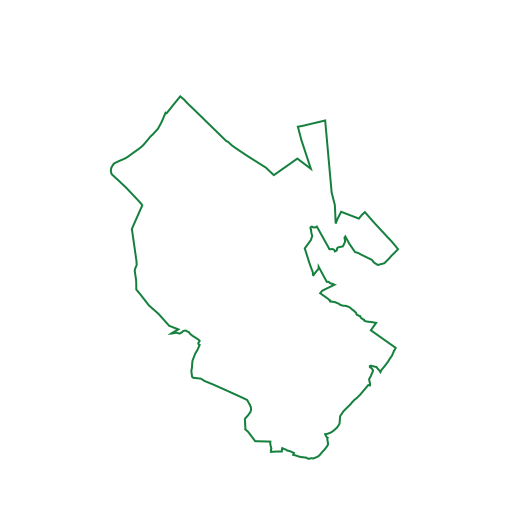 Huixtán, Chiapas, Mexico (Robinson projection), rotated 216°
{"feature_id": "50627088B13883895679368", "entity_name": "Huixtán", "entity_type": "district", "adm_level": 2, "iso_a3": "MEX", "parent_name": "Mexico", "parent_adm1": "Chiapas", "projection": "robinson", "projection_center": [-92.432, 16.683], "detail": "fine", "context": "isolated", "style": "outline", "palette": "green", "viewbox_px": 512, "rotation_deg": 216, "n_neighbors": 0, "source": "geoboundaries", "source_scale": "gbopen_adm2", "svg_char_len": 5963}
<svg xmlns="http://www.w3.org/2000/svg" viewBox="0 0 512 512"><g transform="rotate(216 256 256)"><path d="M235.0,120.6L234.4,121.1L228.4,124.4L224.2,124.6L215.4,126.8L202.6,129.5L185.1,133.1L178.5,134.3L174.3,132.3L173.4,132.1L173.2,131.9L172.5,131.3L171.4,130.8L171.1,130.5L170.9,130.2L170.3,129.5L169.5,128.5L169.2,127.6L168.9,126.8L168.8,126.1L168.8,122.3L169.1,119.9L169.1,119.7L169.2,119.2L169.2,118.2L169.2,117.8L168.9,117.2L168.0,116.1L167.5,115.6L167.1,115.2L166.9,114.7L166.4,114.3L166.2,113.7L165.7,113.2L165.2,112.8L165.0,112.3L164.4,111.8L163.0,109.9L162.9,109.5L158.9,109.1L147.8,105.7L135.3,114.3L134.3,112.7L132.4,110.9L130.3,109.2L130.2,108.3L129.8,108.0L129.5,107.1L128.3,106.9L128.3,106.7L124.8,109.6L120.6,112.7L120.2,113.1L121.2,114.6L121.8,115.6L121.9,116.0L120.7,116.2L119.3,116.6L117.9,116.9L116.3,117.0L114.2,117.9L112.8,118.3L111.9,118.4L111.3,118.5L109.6,119.0L109.0,117.0L107.4,117.7L104.7,118.6L104.1,118.7L103.5,119.0L102.7,119.2L102.2,119.5L100.9,120.0L100.4,120.5L99.8,120.7L99.4,121.0L98.9,121.2L97.9,121.8L97.4,122.0L96.9,122.4L96.6,122.4L95.9,122.5L94.4,122.7L92.1,125.2L90.7,125.8L89.1,128.3L87.9,130.5L87.4,133.0L87.2,136.5L86.8,139.1L86.7,142.2L86.7,144.7L87.0,145.9L88.5,147.7L89.3,148.3L89.7,148.8L90.5,149.6L91.0,150.2L91.1,151.0L92.0,151.0L93.6,151.5L95.3,152.5L93.6,154.2L91.5,157.6L90.6,160.1L89.6,164.8L89.7,168.4L90.1,169.9L93.7,175.7L93.8,176.3L94.0,181.8L92.3,192.2L92.3,193.6L92.2,194.7L91.8,197.3L91.5,198.6L91.1,199.9L90.8,201.3L90.6,202.7L90.3,204.1L89.3,217.6L87.7,218.3L88.1,219.1L88.6,219.6L88.9,219.9L89.2,220.1L89.5,220.4L89.7,220.6L89.9,220.7L90.1,221.0L90.6,221.4L91.1,221.9L91.3,222.0L92.1,222.8L92.6,226.8L93.4,229.6L93.4,230.5L93.7,231.2L94.0,232.1L94.3,232.3L94.9,232.5L95.1,232.7L95.4,232.8L95.9,232.9L96.1,233.0L97.6,233.2L97.8,233.1L98.6,233.1L98.9,233.3L99.1,233.7L99.2,233.9L99.0,234.3L98.7,234.7L93.2,237.0L93.0,236.8L88.2,235.7L87.1,235.2L87.5,237.7L87.1,244.5L87.1,248.2L87.2,249.3L87.4,252.0L87.4,255.3L87.8,256.9L88.2,258.8L88.8,260.7L88.6,261.7L88.6,261.9L89.0,263.8L119.4,263.4L119.5,272.5L123.8,270.4L124.8,269.9L125.8,269.2L127.3,268.4L128.6,267.8L130.2,267.3L131.1,267.9L132.0,267.8L132.5,267.6L133.5,267.7L134.2,267.6L134.9,267.7L135.6,268.0L136.3,268.6L136.9,268.3L138.9,268.0L139.6,267.8L140.0,267.7L140.4,267.9L140.6,268.1L141.8,268.9L144.0,269.1L144.6,269.3L144.8,269.2L145.2,269.3L145.8,269.2L150.2,269.5L153.5,268.7L156.7,266.8L159.6,265.9L160.8,266.1L164.9,265.1L167.6,263.8L167.8,263.7L168.4,263.2L169.4,262.8L169.9,263.7L171.0,263.4L171.9,263.7L182.2,263.6L182.1,265.8L181.8,267.3L175.7,278.8L176.0,278.7L176.5,278.6L176.8,278.6L177.2,278.6L177.6,278.5L177.8,278.3L178.0,278.2L178.5,278.1L179.0,278.0L179.5,277.7L180.3,277.6L180.5,277.5L181.2,277.7L181.7,277.8L182.0,277.8L182.5,277.5L183.5,276.7L199.0,284.1L198.4,283.2L198.1,282.8L197.9,281.7L197.9,281.2L198.1,280.4L198.3,275.2L198.2,274.5L198.2,274.2L198.3,274.1L198.9,274.2L199.3,275.0L200.7,276.4L206.5,280.2L209.5,282.3L221.0,290.8L221.0,301.7L221.3,302.1L221.7,303.1L221.9,304.2L222.0,304.7L222.6,305.5L223.3,306.1L224.1,306.6L224.5,306.9L224.9,307.4L225.0,307.6L225.7,308.2L226.2,308.6L226.4,308.8L226.5,309.1L226.7,309.3L226.9,309.7L227.2,310.0L227.6,310.0L227.9,310.1L228.2,310.4L228.7,311.2L228.7,311.4L228.4,312.3L228.0,312.6L227.5,312.8L227.2,312.7L226.8,312.7L226.3,312.9L226.0,313.1L225.8,313.3L225.5,313.5L225.1,313.8L224.8,314.0L224.6,314.2L224.1,315.6L201.2,305.0L201.1,304.8L200.8,304.8L200.5,304.8L200.0,305.0L198.9,306.0L198.4,306.5L196.7,306.9L195.7,306.7L194.9,306.1L194.5,306.7L194.0,307.9L194.3,308.8L194.7,309.5L194.9,310.1L194.8,310.6L194.5,311.3L194.3,311.7L192.6,313.5L191.4,314.8L191.5,315.4L191.5,316.0L191.8,317.0L191.9,317.7L191.9,318.0L192.3,319.7L192.4,320.0L192.6,320.1L192.9,320.6L193.8,321.5L194.5,322.2L195.1,322.7L195.2,324.3L187.8,320.8L184.5,319.6L178.1,317.4L175.2,318.5L173.0,318.7L170.8,319.1L159.9,321.0L157.2,320.1L155.2,320.1L152.1,320.4L147.9,325.6L146.8,332.7L146.5,336.1L145.7,340.7L145.2,344.2L145.1,345.0L148.1,345.8L149.3,346.2L149.9,346.3L150.5,346.4L152.7,347.0L156.2,347.8L159.8,348.4L161.8,348.8L180.5,352.5L193.7,355.5L194.5,351.7L194.8,346.7L213.1,341.8L211.9,334.2L210.6,329.1L222.2,343.6L232.2,351.9L279.7,406.3L294.5,389.0L298.1,385.2L288.8,377.6L288.3,377.1L262.9,358.8L279.8,359.1L284.2,346.2L285.0,343.9L288.6,333.3L289.1,331.9L300.1,333.3L321.4,331.9L330.8,331.5L336.7,331.3L340.8,331.3L345.4,331.9L345.9,331.9L346.3,331.8L346.5,331.7L346.9,331.7L347.4,331.5L394.0,338.3L398.9,338.9L404.2,339.8L405.4,340.2L411.1,340.6L411.6,331.9L412.2,319.0L413.4,318.8L411.2,309.4L410.1,301.5L410.6,296.9L410.8,295.0L410.9,294.3L411.0,293.5L411.5,291.4L411.6,290.5L411.7,289.1L411.8,287.2L412.2,281.5L412.4,279.4L412.8,277.3L413.5,274.7L414.1,272.8L416.6,265.4L417.2,263.5L417.5,262.4L417.6,262.1L418.5,259.7L419.0,258.5L420.7,255.5L422.1,253.2L424.3,249.3L425.3,247.1L425.2,246.5L425.3,246.5L425.0,242.5L423.8,240.0L422.7,238.7L420.7,237.3L411.8,236.3L401.0,234.9L388.7,232.6L380.0,230.9L377.8,230.2L372.3,204.8L372.1,204.7L349.5,181.4L347.2,178.5L346.5,175.3L345.5,172.8L339.1,166.3L337.5,164.4L333.1,158.5L328.6,157.4L319.8,154.9L313.7,153.1L300.9,151.9L285.2,148.5L275.7,151.0L279.0,143.6L279.1,143.3L278.3,144.0L277.7,144.7L277.2,145.2L276.7,145.8L276.1,146.4L275.8,146.8L275.3,147.1L274.9,147.3L272.9,148.0L272.6,148.2L272.3,148.3L272.1,148.6L271.8,149.0L271.7,149.5L271.4,150.1L271.1,150.5L271.0,151.0L271.0,151.7L270.9,151.9L270.8,152.4L270.6,152.7L270.5,153.0L270.1,153.4L269.9,153.7L269.3,154.1L268.9,154.3L268.6,154.5L268.0,154.5L267.6,154.5L267.1,154.6L266.6,154.7L266.2,154.9L265.4,154.9L263.9,154.4L262.7,154.2L261.9,154.2L260.9,154.1L259.4,154.2L258.8,154.2L256.1,154.4L253.1,154.5L252.2,154.4L251.9,154.4L251.6,154.1L251.6,153.1L251.5,151.6L251.1,151.1L250.4,150.8L249.3,150.9L248.2,145.9L247.8,141.3L245.9,134.2L245.2,132.8L243.8,130.6L241.8,127.3L240.9,125.2L240.2,124.4L236.7,120.7L235.0,120.6Z" fill="none" stroke="#15803d" stroke-width="2"/></g></svg>